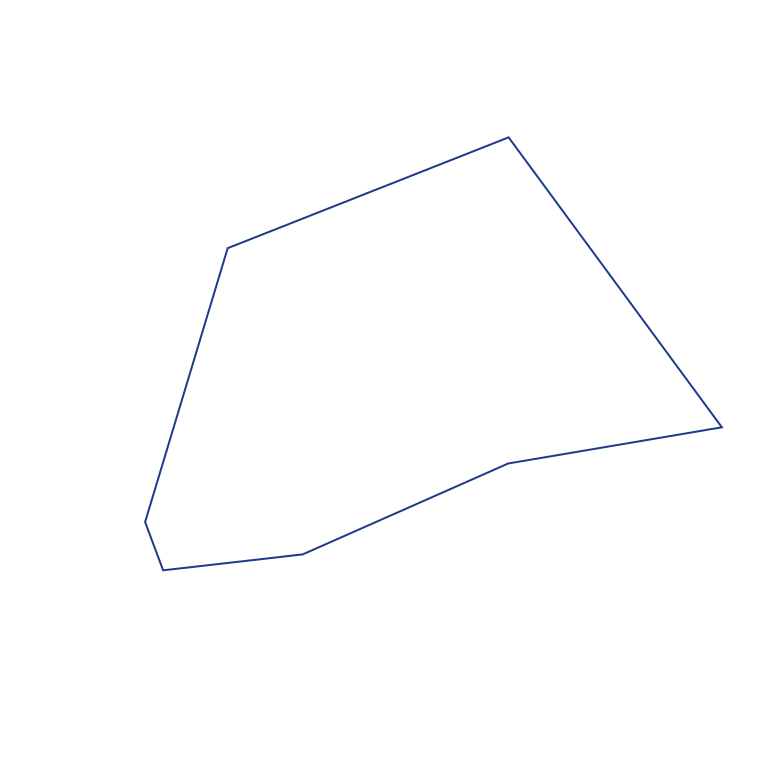 Gamsa, Ad Daqahliyah, Egypt, rotated 153°
{"feature_id": "37247803B6242604579963", "entity_name": "Gamsa", "entity_type": "district", "adm_level": 2, "iso_a3": "EGY", "parent_name": "Egypt", "parent_adm1": "Ad Daqahliyah", "projection": "orthographic", "projection_center": [31.551, 31.44], "detail": "fine", "context": "isolated", "style": "outline", "palette": "blue", "viewbox_px": 768, "rotation_deg": 153, "n_neighbors": 0, "source": "geoboundaries", "source_scale": "gbopen_adm2", "svg_char_len": 286}
<svg xmlns="http://www.w3.org/2000/svg" viewBox="0 0 768 768"><g transform="rotate(153 384 384)"><path d="M461.6,576.0L578.7,453.8L659.5,369.5L665.4,318.3L533.8,269.1L309.4,256.8L114.6,195.8L102.6,192.0L161.0,547.2L461.6,576.0Z" fill="none" stroke="#1e3a8a" stroke-width="2"/></g></svg>